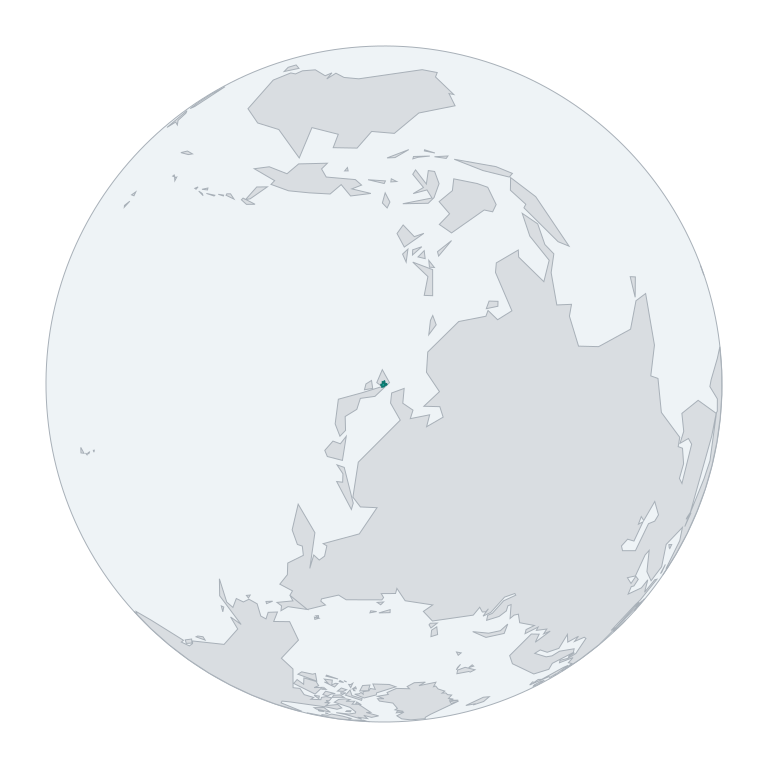 Fukuoka on an orthographic globe, rotated 176°
{"feature_id": "JPN-1829", "entity_name": "Fukuoka", "entity_type": "Prefecture", "adm_level": 1, "iso_a3": "JPN", "parent_name": "Japan", "parent_adm1": "", "projection": "orthographic", "projection_center": [130.552, 33.473], "detail": "fine", "context": "on_globe", "style": "filled", "palette": "teal", "viewbox_px": 768, "rotation_deg": 176, "n_neighbors": 0, "source": "natural_earth", "source_scale": "10m", "svg_char_len": 12891}
<svg xmlns="http://www.w3.org/2000/svg" viewBox="0 0 768 768"><g transform="rotate(176 384 384)"><circle cx="384" cy="384" r="338" fill="#eef3f6" stroke="#a8b0b8"/><path d="M630.7,578.5L630.5,580.1L630.1,580.5L630.7,578.5ZM649.2,174.6L646.3,171.4L647.2,174.4L632.8,164.7L601.9,142.3L604.2,140.7L596.4,136.3L593.1,138.4L592.8,141.0L561.7,135.4L547.0,149.8L553.3,162.3L543.3,154.1L562.7,184.2L561.8,201.2L556.1,177.4L550.3,171.7L546.3,180.3L539.5,176.4L533.7,178.7L525.9,173.6L523.1,161.1L518.1,157.9L515.5,164.3L506.2,164.0L510.6,154.8L494.7,153.5L487.2,134.5L505.5,117.6L494.7,106.1L495.9,87.4L489.1,86.2L485.3,79.7L476.0,76.2L478.9,74.6L469.0,73.5L468.2,75.7L463.6,76.2L458.1,74.6L460.7,71.9L463.9,72.3L461.8,70.8L465.5,70.3L460.6,69.7L464.4,67.2L452.4,67.5L448.7,63.8L453.5,62.8L463.6,65.7L499.8,73.4L507.8,74.8L508.9,73.1L488.7,63.2L493.1,64.3L492.2,63.9L515.0,72.5L537.1,82.7L558.3,94.5L578.7,107.8L598.1,122.6L616.4,138.7L633.4,156.0L649.2,174.6ZM483.9,61.2L482.8,61.1L468.9,57.4L469.0,58.5L463.4,57.5L459.3,58.4L448.6,55.6L440.3,52.7L443.1,52.1L439.6,51.1L427.7,50.0L424.1,48.5L421.9,48.2L453.2,53.2L483.9,61.2ZM690.9,341.9L688.1,335.8L691.1,336.4L690.9,341.9ZM685.4,334.3L686.6,335.9L685.4,335.0L685.4,334.3ZM683.9,335.1L685.0,334.5L684.0,335.9L683.9,335.1ZM682.2,337.2L683.0,335.7L683.1,336.2L682.2,337.2ZM678.6,338.1L677.6,338.2L678.1,336.2L678.6,338.1ZM593.7,143.0L593.7,139.0L599.3,139.0L600.1,142.6L593.7,143.0ZM582.2,144.5L580.3,141.0L589.1,144.9L587.4,145.6L582.2,144.5ZM559.4,172.7L560.7,168.0L561.8,174.0L559.4,172.7ZM534.2,180.0L536.0,182.7L532.2,182.8L534.2,180.0ZM465.5,60.1L462.5,59.2L464.8,59.4L465.5,60.1ZM466.5,61.4L471.4,62.3L472.6,63.1L469.6,62.5L466.5,61.4ZM516.9,175.3L510.2,175.1L516.5,173.1L516.9,175.3ZM460.3,60.3L474.2,64.5L476.2,66.0L466.5,65.4L460.3,60.3ZM506.0,173.6L490.0,174.0L492.6,179.8L476.2,164.4L495.3,168.6L502.6,165.0L501.7,169.9L506.0,173.6ZM470.3,77.2L471.0,74.7L475.5,78.3L470.3,77.2ZM474.4,79.5L495.0,91.6L491.3,95.2L485.1,90.1L484.4,96.4L472.5,92.0L470.2,87.6L474.9,86.0L466.7,85.7L474.4,79.5ZM469.7,156.3L465.4,154.8L469.4,154.0L469.7,156.3ZM462.1,76.7L466.6,78.5L463.7,81.6L454.2,78.5L458.2,78.4L462.1,76.7ZM490.1,100.5L486.2,102.6L475.5,99.5L472.6,100.0L471.8,92.3L490.1,100.5ZM456.0,77.0L449.4,76.9L445.7,74.2L457.5,75.1L456.0,77.0ZM467.0,83.8L465.1,85.3L463.0,83.4L467.0,83.8ZM429.0,65.6L434.4,67.2L433.4,68.8L429.0,65.6ZM447.2,77.1L448.5,78.0L448.7,79.0L443.6,78.5L447.2,77.1ZM464.3,90.9L460.6,89.4L464.1,93.8L456.2,92.2L457.1,87.5L453.4,88.8L450.9,88.4L454.5,85.2L464.3,90.9ZM439.2,81.1L437.7,75.4L427.8,71.7L428.5,70.0L444.2,76.3L439.2,81.1ZM447.8,83.7L442.6,81.6L446.1,80.2L451.8,80.9L447.8,83.7ZM450.4,92.9L462.3,96.6L461.7,97.6L450.4,92.9ZM435.6,80.2L436.1,81.7L434.5,80.1L435.6,80.2ZM445.1,89.1L449.4,90.2L448.6,91.3L445.1,89.1ZM433.4,83.9L432.9,81.9L436.7,82.1L433.4,83.9ZM438.2,86.5L436.0,87.7L438.4,83.4L440.2,86.8L438.2,86.5ZM443.6,90.0L444.6,90.9L442.0,89.4L443.6,90.0ZM419.0,84.7L421.1,79.2L429.6,79.5L426.4,84.7L419.0,84.7ZM150.2,140.0L148.7,141.5L148.2,142.0L150.2,140.0ZM119.2,174.1L112.4,183.0L115.6,180.1L99.9,207.1L96.3,220.1L113.7,204.3L119.8,182.3L131.3,169.1L134.8,178.4L131.1,199.5L135.5,195.2L146.6,175.0L154.7,173.8L151.5,167.8L146.2,174.6L144.0,171.4L148.8,165.1L151.5,164.6L155.1,157.4L141.4,162.7L134.5,170.3L138.6,158.1L127.5,169.9L125.4,170.2L143.5,150.6L148.5,146.5L174.6,122.3L169.6,125.1L144.7,148.7L148.5,144.2L141.6,149.7L149.8,142.0L178.4,117.0L188.0,108.7L187.8,108.9L206.7,96.3L208.9,95.0L226.6,85.1L218.5,89.7L223.1,87.5L216.2,92.1L219.5,93.1L214.5,97.9L228.4,93.7L227.7,96.0L219.6,97.5L211.4,101.8L200.3,116.1L201.9,117.4L211.9,113.9L207.6,118.8L218.7,113.7L218.5,121.4L228.0,108.1L239.9,105.0L246.7,107.8L252.4,104.8L241.3,100.5L235.3,101.1L227.5,105.2L212.8,106.6L213.8,103.0L235.6,93.6L239.5,87.9L254.8,84.3L275.4,96.0L277.6,104.3L254.5,124.3L246.7,123.6L251.1,115.8L235.4,125.9L242.2,123.6L238.7,128.2L249.2,127.6L247.2,130.8L260.7,125.1L259.4,129.1L250.8,132.6L265.3,136.4L266.0,145.0L270.3,144.4L274.6,141.3L272.6,155.1L275.9,154.1L277.8,149.1L285.4,144.1L298.1,141.1L296.7,146.0L291.9,147.7L279.8,159.4L267.3,164.1L268.1,165.9L278.6,163.0L293.4,148.7L301.4,145.5L295.5,152.5L298.3,149.7L301.8,149.7L304.1,154.6L311.1,147.2L352.2,144.2L360.6,154.4L350.8,160.2L378.0,166.3L385.4,179.2L387.1,174.2L401.4,175.1L399.3,171.0L401.2,168.8L436.8,171.4L444.0,176.6L461.3,174.0L462.2,171.8L457.8,167.6L476.2,164.4L492.6,179.8L489.7,184.0L501.9,191.6L493.7,200.5L492.5,212.1L476.4,218.7L476.8,228.0L481.6,230.0L485.8,244.9L478.0,270.1L463.3,240.5L470.9,205.2L466.0,218.3L460.9,212.9L455.3,216.4L452.3,226.5L455.8,229.0L419.1,236.2L399.6,261.1L416.1,263.0L422.9,273.3L415.1,307.8L370.3,346.8L378.8,364.5L377.0,374.5L364.2,378.2L366.6,363.5L356.9,355.9L360.2,347.6L340.6,350.1L344.5,338.4L327.3,346.8L329.9,357.5L345.8,359.0L329.2,372.5L340.8,392.7L338.1,412.9L305.1,441.1L277.6,444.5L275.1,450.1L266.2,440.2L251.3,448.1L265.0,487.5L263.5,497.0L240.7,508.3L240.8,501.2L217.4,474.9L210.6,495.9L228.2,521.3L234.2,544.6L219.5,533.0L213.8,511.9L205.5,502.0L209.5,483.4L206.1,450.8L191.4,450.4L194.3,438.7L187.3,408.2L167.3,406.3L134.2,421.5L126.8,449.5L116.7,456.0L111.5,403.9L117.3,373.5L110.3,370.4L109.3,336.3L92.7,310.2L94.9,301.0L90.7,299.1L90.7,283.6L95.9,269.2L93.7,264.0L81.3,302.5L84.1,308.4L92.8,304.2L88.3,315.9L88.9,333.9L71.8,345.8L54.7,331.6L60.7,309.2L87.4,234.5L90.9,230.0L91.3,229.3L92.1,227.9L86.7,234.1L93.9,220.8L71.3,267.3L64.2,284.6L54.3,332.3L53.4,333.6L52.5,345.9L59.1,358.7L57.4,365.3L49.6,386.5L46.4,397.7L46.2,373.7L47.8,349.7L51.1,325.9L56.1,302.4L62.7,279.3L70.9,256.8L80.8,234.9L92.1,213.7L105.0,193.4L119.2,174.1ZM119.3,234.3L122.1,247.9L134.4,229.7L136.6,233.8L140.0,226.4L135.3,228.4L145.6,209.9L151.8,212.2L158.4,205.9L157.7,201.1L144.8,200.2L129.9,226.2L123.5,228.3L119.3,234.3ZM255.0,73.4L248.4,76.3L244.7,77.2L251.2,73.5L256.6,71.8L255.0,73.4ZM239.9,80.6L259.7,73.6L256.5,76.5L255.0,75.9L250.8,78.5L247.2,78.4L224.7,88.8L220.0,90.5L234.5,81.2L232.3,83.0L239.0,79.6L239.9,80.6ZM316.2,58.5L324.8,57.6L306.7,64.6L300.8,64.7L306.8,60.3L317.4,57.6L316.2,58.5ZM440.3,59.3L444.8,60.0L444.1,60.6L439.7,60.4L440.3,59.3ZM431.6,66.2L420.1,57.4L424.6,57.5L412.5,53.3L419.7,52.3L427.3,54.9L423.7,51.4L433.5,53.4L429.7,51.3L446.0,57.2L454.6,59.5L442.2,57.2L435.4,57.8L435.1,58.9L440.5,63.8L455.7,70.0L451.3,72.5L444.2,72.6L439.9,71.5L444.1,70.1L435.3,69.6L438.1,66.8L431.6,66.2ZM363.5,83.7L370.2,80.6L353.0,82.9L355.7,78.6L353.5,79.1L351.3,76.0L344.8,73.4L347.6,71.6L343.9,71.5L342.3,69.7L338.2,69.0L341.6,65.8L336.8,64.9L341.2,64.0L332.0,63.4L340.4,62.5L339.2,60.7L331.7,62.5L360.5,51.3L366.1,48.6L366.2,47.3L380.6,47.1L389.7,48.7L394.3,52.1L386.9,55.3L394.7,55.1L393.5,56.8L387.8,56.2L395.8,58.2L393.3,59.5L397.4,65.1L410.6,68.0L412.4,70.5L406.0,70.1L412.3,72.9L401.4,74.0L402.5,76.0L392.8,79.5L379.8,78.2L382.0,80.6L374.7,83.9L363.5,83.7ZM416.0,85.5L399.8,83.9L393.3,81.1L412.9,76.4L413.4,74.4L425.7,72.2L434.9,76.6L430.5,76.7L428.4,77.9L426.4,76.0L426.4,78.5L420.4,79.0L418.8,81.2L414.0,80.0L416.0,85.5ZM149.2,141.2L146.5,144.1L143.5,147.6L139.1,151.6L149.2,141.2ZM168.5,123.8L166.9,125.4L159.2,131.8L162.1,129.1L168.5,123.8ZM172.6,121.2L167.4,125.0L171.9,121.3L172.6,121.2ZM218.8,99.1L217.9,100.9L215.3,102.2L212.8,102.5L218.8,99.1ZM313.2,92.6L318.1,90.6L319.4,91.3L331.5,89.9L330.5,93.5L322.8,95.7L313.2,92.6ZM111.0,203.9L108.2,203.8L110.4,199.9L110.9,200.7L111.0,203.9ZM121.4,175.6L115.9,184.4L120.2,176.6L121.4,175.6ZM314.2,96.3L319.3,95.2L315.6,97.7L314.2,96.3ZM330.4,96.1L327.2,99.0L331.8,93.8L330.4,96.1ZM57.6,471.4L57.3,470.2L60.2,480.6L57.6,471.4ZM317.1,610.9L327.5,613.7L327.2,614.8L317.1,610.9ZM306.2,604.7L317.8,607.2L304.3,607.0L306.2,604.7ZM322.4,608.2L334.3,607.8L339.5,606.6L338.7,608.9L322.4,608.2ZM298.3,603.3L257.1,593.0L241.2,585.1L244.6,581.7L270.3,590.0L298.3,603.3ZM243.3,581.1L219.6,560.3L189.8,508.6L200.4,513.8L232.1,550.0L230.0,553.4L244.4,568.5L243.3,581.1ZM302.3,572.1L300.1,583.8L277.1,577.5L266.8,573.0L259.6,555.2L263.6,548.2L271.9,550.6L306.1,530.0L317.7,539.3L306.7,549.2L316.3,562.1L302.3,572.1ZM127.4,453.0L130.9,473.9L125.8,473.3L127.4,453.0ZM321.4,512.3L306.6,522.4L320.6,507.8L321.4,512.3ZM330.5,497.4L330.7,504.2L325.6,496.7L330.5,497.4ZM273.4,459.4L264.5,458.5L265.0,453.6L276.7,452.0L273.4,459.4ZM335.9,430.0L333.2,444.3L330.6,448.9L327.8,439.4L335.9,430.0ZM312.8,130.8L297.0,128.1L285.1,129.8L277.3,135.9L281.5,126.8L300.0,124.1L312.8,130.8ZM347.5,141.8L354.2,137.3L355.9,140.6L354.5,142.1L347.5,141.8ZM348.3,138.1L348.0,130.3L354.8,128.7L353.7,135.1L348.3,138.1ZM330.4,111.6L325.8,110.4L328.9,108.2L330.4,111.6ZM553.3,674.1L558.1,672.3L548.7,678.3L535.3,685.7L521.8,691.7L553.3,674.1ZM449.4,708.4L446.8,704.8L461.8,702.7L457.5,706.6L449.4,708.4ZM562.7,668.0L571.0,661.4L572.1,656.8L573.6,659.8L582.6,655.1L561.5,670.4L562.7,668.0ZM387.9,690.2L324.0,694.9L309.2,691.0L311.2,686.7L294.2,667.9L298.9,669.2L293.7,656.6L330.4,651.9L356.2,633.3L378.7,636.8L394.4,621.2L418.2,623.3L412.2,636.3L438.0,644.8L452.8,615.4L471.2,645.2L491.8,653.2L500.5,668.1L473.3,694.9L455.3,700.8L450.7,699.5L443.5,702.1L430.6,702.2L421.2,695.6L414.2,698.0L419.8,692.3L410.3,697.4L402.5,692.6L387.9,690.2ZM559.0,626.9L563.2,626.5L570.5,629.0L563.8,630.1L559.0,626.9ZM620.3,589.2L622.6,590.3L618.2,593.0L620.3,589.2ZM630.1,580.5L624.8,584.1L630.7,578.5L630.1,580.5ZM578.1,605.0L580.3,606.1L578.7,607.2L578.1,605.0ZM576.3,604.9L578.5,601.3L578.5,604.3L576.3,604.9ZM555.7,593.6L557.9,591.4L559.1,592.4L555.7,593.6ZM342.9,616.1L357.2,609.1L365.2,609.3L342.9,616.1ZM552.0,590.9L546.0,591.8L546.5,589.9L552.0,590.9ZM552.1,586.8L551.3,584.5L555.4,589.4L552.1,586.8ZM540.4,583.4L547.9,586.5L539.6,584.1L540.4,583.4ZM536.1,584.8L530.8,583.6L531.1,582.8L536.1,584.8ZM478.9,594.5L498.4,607.8L483.3,608.7L466.1,600.5L453.8,609.5L425.1,608.2L431.3,602.9L427.2,594.5L398.3,589.9L392.5,584.0L402.5,580.9L383.8,575.0L404.2,573.9L412.8,585.9L424.5,577.3L445.2,579.9L465.7,583.4L482.8,591.0L478.9,594.5ZM404.9,599.1L408.4,599.3L405.4,602.5L404.9,599.1ZM520.7,578.9L528.4,583.3L527.5,584.7L523.8,584.4L520.7,578.9ZM486.6,588.8L504.7,578.0L509.1,577.8L497.2,589.4L486.6,588.8ZM500.1,572.3L508.7,572.8L513.4,577.7L511.6,579.3L500.1,572.3ZM363.1,585.1L362.4,588.2L357.2,585.1L363.1,585.1ZM369.8,584.0L385.7,588.9L368.4,586.5L369.8,584.0ZM323.2,566.2L327.6,574.6L341.6,571.9L330.9,577.3L340.7,591.2L337.6,595.4L327.8,580.5L324.9,593.8L318.7,592.5L315.1,580.0L321.1,566.4L327.3,561.2L352.7,562.5L323.2,566.2ZM369.5,574.6L365.4,565.1L368.6,559.4L373.0,564.7L369.5,574.6ZM353.8,541.3L343.5,528.9L333.7,531.5L354.2,519.2L360.5,533.2L353.8,541.3ZM346.0,515.9L336.7,518.3L346.6,510.7L346.0,515.9ZM334.6,514.2L334.2,506.2L341.2,508.4L334.6,514.2ZM350.7,516.9L353.4,504.0L356.4,512.3L350.7,516.9ZM332.7,488.1L346.8,503.6L327.5,494.7L329.3,468.7L337.7,469.6L332.7,488.1ZM396.2,388.4L395.6,380.4L403.9,379.6L402.0,385.3L396.2,388.4ZM430.6,372.0L406.0,376.9L386.1,381.6L391.1,385.9L384.7,398.4L378.4,385.0L393.9,372.3L408.6,371.3L412.9,360.6L425.0,354.3L425.6,340.4L431.6,335.0L435.5,347.6L430.6,372.0ZM425.3,334.5L430.8,310.7L445.6,315.6L447.7,321.9L438.9,330.6L431.7,327.4L425.3,334.5ZM436.5,306.6L429.5,303.6L423.0,267.3L425.3,261.1L438.0,290.0L432.1,288.9L431.2,297.3L436.5,306.6ZM465.6,157.6L465.4,155.1L468.3,157.5L465.6,157.6ZM399.6,166.6L402.7,164.0L406.0,166.6L399.6,166.6ZM413.1,158.7L407.2,157.5L414.0,156.7L413.1,158.7ZM393.9,155.5L405.1,156.0L393.6,158.5L393.9,155.5Z" fill="#d9dde1" stroke="#a8b0b8" stroke-width="1"/><path d="M381.5,384.1L381.5,383.9L381.8,383.8L381.9,383.7L382.0,383.7L381.9,383.6L381.7,383.4L381.8,383.4L382.0,383.3L382.1,383.2L382.3,383.1L382.3,382.9L382.5,383.0L382.4,383.0L382.5,383.2L382.6,383.3L382.8,383.4L383.0,383.3L383.1,383.2L383.3,383.2L383.3,382.9L383.2,382.8L383.1,383.0L382.9,383.0L382.9,382.9L382.7,382.9L382.7,382.7L382.8,382.7L382.8,382.8L383.0,382.9L383.3,382.7L383.5,382.6L383.6,382.4L383.6,382.2L383.6,381.9L383.7,381.7L383.7,381.8L383.8,381.8L383.9,381.7L384.0,381.6L384.3,381.6L384.5,381.5L384.6,381.3L384.8,381.3L385.0,381.2L385.4,381.2L385.3,381.4L385.5,381.3L385.6,381.5L385.8,381.5L385.9,381.4L386.1,381.1L386.3,381.1L386.3,381.3L386.2,381.3L386.2,381.5L386.1,381.8L386.0,382.0L386.2,382.4L386.3,382.5L386.4,382.8L386.5,382.9L386.6,383.0L386.8,383.1L387.1,383.1L387.1,383.3L387.1,383.6L387.0,383.8L386.9,383.9L386.5,383.8L386.2,383.8L385.9,384.0L385.6,384.3L385.5,384.5L385.4,384.7L385.4,384.8L385.4,385.1L385.4,385.4L385.4,385.5L385.5,385.8L385.4,386.3L385.2,386.2L384.9,386.0L384.7,386.0L384.4,386.2L384.1,386.2L384.1,386.3L383.9,386.4L383.8,386.5L383.7,386.6L383.8,386.7L383.7,386.8L383.4,386.9L383.4,386.7L383.4,386.4L383.3,386.2L383.2,386.2L383.0,385.9L383.0,385.7L383.2,385.4L383.3,385.3L383.5,385.3L383.5,385.2L383.7,384.9L383.8,384.9L383.9,384.6L383.9,384.4L383.7,384.3L383.4,384.5L383.2,384.4L382.7,384.1L382.4,384.0L382.1,384.1L381.9,384.1L381.7,384.1L381.5,384.1Z" fill="#14b8a6" stroke="#0f766e" stroke-width="1.5"/></g></svg>